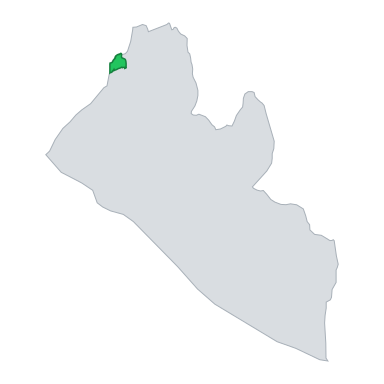 location of Vahun, Lofa, Liberia
{"feature_id": "62588387B17909685690178", "entity_name": "Vahun", "entity_type": "district", "adm_level": 2, "iso_a3": "LBR", "parent_name": "Liberia", "parent_adm1": "Lofa", "projection": "robinson", "projection_center": [-10.503, 8.04], "detail": "fine", "context": "in_parent", "style": "filled", "palette": "green", "viewbox_px": 384, "rotation_deg": 0, "n_neighbors": 0, "source": "geoboundaries", "source_scale": "gbopen_adm2", "svg_char_len": 3024}
<svg xmlns="http://www.w3.org/2000/svg" viewBox="0 0 384 384"><path d="M45.8,154.7L49.6,151.1L55.2,139.5L62.9,128.4L70.1,121.8L75.9,115.0L81.9,109.8L90.6,103.7L103.9,87.7L107.0,85.9L109.1,74.8L112.5,60.7L116.3,56.3L125.3,53.7L127.5,51.3L130.7,41.4L132.7,29.8L132.9,27.3L136.5,27.0L142.5,24.5L146.1,25.6L147.6,28.9L148.4,31.7L166.9,24.5L168.5,23.0L169.5,23.3L171.8,29.8L173.1,29.4L174.2,27.5L175.5,27.3L176.9,28.2L178.4,31.2L180.7,34.0L184.7,35.9L187.2,38.5L187.0,45.5L188.0,52.2L189.7,53.8L190.6,57.8L191.1,62.2L192.0,64.6L192.7,69.0L192.4,73.8L193.1,77.2L196.0,83.0L197.9,90.4L197.9,95.5L196.8,101.0L194.9,106.0L191.4,111.4L191.2,113.6L193.2,115.0L196.3,115.3L198.9,114.2L205.4,116.7L208.8,120.3L211.9,124.7L214.6,126.9L215.8,129.7L220.4,129.0L225.8,126.3L226.9,125.0L228.5,125.7L232.0,126.0L234.4,121.1L236.4,115.5L240.5,109.5L242.6,107.1L243.1,103.3L243.4,98.3L244.9,94.0L248.3,91.6L252.0,91.6L254.1,92.5L255.1,96.7L258.1,99.9L260.6,102.1L262.0,103.0L264.1,105.5L266.2,113.9L274.2,141.2L273.8,148.7L272.2,153.6L272.2,158.4L271.6,163.2L266.8,171.0L252.4,186.9L253.5,188.3L257.0,190.1L260.5,191.0L263.3,190.5L266.9,194.5L270.8,199.5L274.9,202.1L280.9,204.4L286.0,204.7L290.5,203.8L296.7,204.8L303.3,208.9L305.7,215.8L307.2,221.7L309.6,224.7L309.9,229.9L314.6,234.4L321.3,235.3L330.0,240.6L332.2,240.4L333.2,239.7L334.2,240.7L336.4,256.0L338.2,264.2L337.3,267.4L336.1,270.0L336.1,282.4L332.1,289.5L331.5,297.3L330.4,299.8L326.2,302.1L326.2,308.1L325.1,315.3L324.6,323.0L325.8,343.1L326.0,358.1L327.9,361.0L319.7,359.7L295.7,348.3L277.1,341.7L214.9,304.2L197.6,289.1L177.7,266.7L133.4,221.6L123.3,214.4L110.6,210.9L102.7,207.0L97.2,202.8L92.7,190.3L81.6,182.9L61.2,172.3L45.8,154.7Z" fill="#d9dde1" stroke="#a8b0b8" stroke-width="1"/><path d="M121.6,54.0L121.3,53.6L120.8,53.9L120.4,53.9L120.3,53.6L119.9,53.9L119.6,54.0L119.5,54.3L119.2,54.3L118.6,54.3L118.6,54.6L118.1,54.6L117.9,54.7L117.5,54.7L117.0,55.0L116.1,55.8L115.9,56.0L115.7,56.0L115.5,56.3L115.8,56.5L115.5,56.9L115.3,57.1L115.4,57.4L115.3,57.5L115.3,57.8L115.0,57.8L114.9,58.4L114.9,58.5L114.7,58.5L114.5,58.8L114.4,59.0L114.3,59.3L114.1,59.4L114.0,59.6L113.8,59.7L113.6,59.9L113.3,60.3L113.2,60.6L113.0,61.1L112.7,61.5L112.4,62.0L112.2,62.3L112.0,62.5L111.6,62.6L111.2,62.7L111.0,62.8L110.7,63.0L110.3,63.0L110.0,63.1L110.0,63.6L109.9,64.1L109.9,64.5L109.9,64.9L109.9,65.3L109.9,66.0L109.9,69.5L109.9,72.9L110.0,72.8L110.9,72.6L112.0,72.0L112.6,71.4L112.8,71.0L112.9,70.7L113.1,70.8L113.4,70.4L113.7,70.5L113.8,69.9L114.0,69.9L114.0,69.7L114.1,69.4L114.3,69.8L114.3,70.2L114.3,70.4L115.0,70.1L115.7,69.9L116.7,69.5L117.2,69.2L118.3,68.6L118.6,68.5L119.5,68.2L120.0,68.1L120.8,67.7L121.2,67.4L121.4,67.3L121.5,67.3L121.9,67.2L122.0,67.3L122.3,67.7L122.9,67.5L123.0,67.4L123.5,67.4L124.0,67.4L124.7,67.3L124.7,67.7L124.8,68.0L124.8,68.4L125.1,68.3L126.2,67.7L126.1,66.8L126.1,65.7L126.1,63.5L125.9,61.5L125.5,59.9L125.3,59.6L125.2,59.5L124.9,59.1L124.0,58.7L122.9,58.2L121.9,57.8L121.5,57.1L121.6,54.0Z" fill="#22c55e" stroke="#15803d" stroke-width="1.5"/></svg>